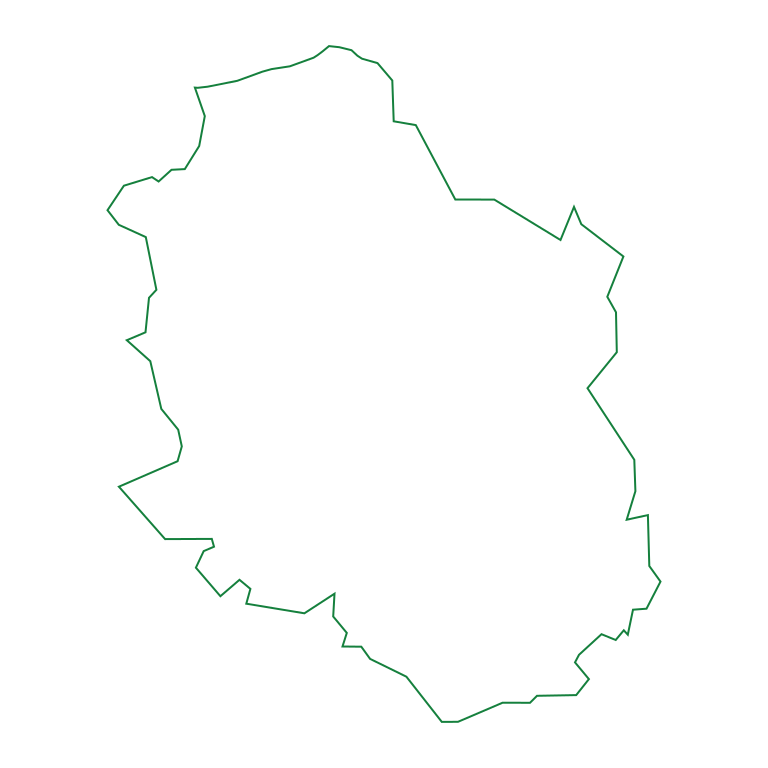 Rankovtse, Rankovce, North Macedonia (Robinson projection)
{"feature_id": "65306769B9482621128818", "entity_name": "Rankovtse", "entity_type": "district", "adm_level": 2, "iso_a3": "MKD", "parent_name": "North Macedonia", "parent_adm1": "Rankovce", "projection": "robinson", "projection_center": [22.13, 42.211], "detail": "fine", "context": "isolated", "style": "outline", "palette": "green", "viewbox_px": 768, "rotation_deg": 0, "n_neighbors": 0, "source": "geoboundaries", "source_scale": "gbopen_adm2", "svg_char_len": 1166}
<svg xmlns="http://www.w3.org/2000/svg" viewBox="0 0 768 768"><path d="M627.8,634.7L633.0,609.7L646.5,608.7L660.5,581.6L649.3,566.0L647.9,515.1L626.7,519.7L635.4,491.2L634.3,459.8L587.5,388.2L616.8,352.2L616.0,312.3L607.3,296.8L623.4,256.5L581.3,224.2L574.0,206.9L560.5,240.0L494.3,199.6L455.3,199.5L415.8,125.1L393.7,121.3L392.3,80.5L377.5,63.1L362.0,58.7L357.4,55.7L351.5,50.2L339.3,47.2L329.0,46.1L322.8,51.2L317.5,55.2L313.6,57.7L289.9,66.3L271.6,69.1L262.3,71.7L237.3,80.8L207.6,86.7L197.8,87.8L194.9,87.6L204.8,116.1L199.2,146.0L184.8,169.1L171.5,169.8L158.6,181.5L152.0,177.1L123.9,185.7L107.5,210.2L118.8,224.8L145.8,237.1L156.4,289.8L149.0,297.8L145.5,332.3L126.8,340.2L150.3,361.2L161.3,408.9L178.2,429.7L181.8,446.4L177.6,461.2L118.9,486.7L165.1,539.1L211.8,538.9L214.0,546.7L203.7,551.1L195.9,567.7L220.4,596.2L239.5,579.8L250.4,588.9L246.3,603.7L304.4,613.3L334.5,593.7L333.2,616.5L346.8,632.9L342.5,646.5L361.3,646.7L370.1,658.9L406.4,676.7L441.8,721.9L458.0,721.8L502.6,702.7L530.0,702.8L537.0,695.8L576.2,695.1L588.9,679.1L575.0,662.4L579.0,654.8L601.5,634.2L615.7,640.0L623.8,630.3L627.8,634.7Z" fill="none" stroke="#15803d" stroke-width="2"/></svg>